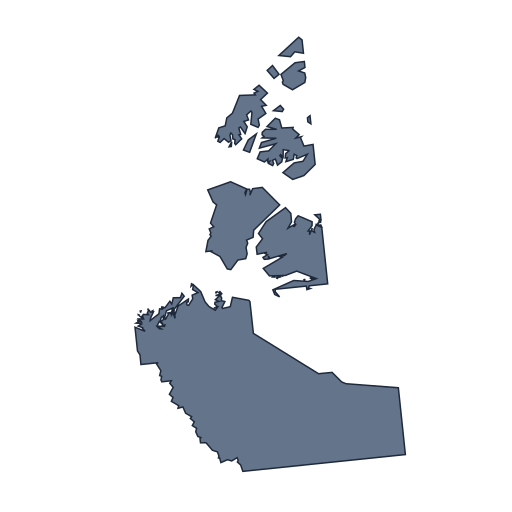 an SVG outline of Northwest Territories, rotated 354°
{"feature_id": "CAN-635", "entity_name": "Northwest Territories", "entity_type": "Territory", "adm_level": 1, "iso_a3": "CAN", "parent_name": "Canada", "parent_adm1": "", "projection": "mercator", "projection_center": [-123.126, 69.383], "detail": "fine", "context": "isolated", "style": "filled", "palette": "slate", "viewbox_px": 512, "rotation_deg": 354, "n_neighbors": 0, "source": "natural_earth", "source_scale": "10m", "svg_char_len": 6158}
<svg xmlns="http://www.w3.org/2000/svg" viewBox="0 0 512 512"><g transform="rotate(354 256 256)"><path d="M128.2,314.2L137.8,319.3L135.2,315.5L136.4,315.7L131.5,313.4L135.1,311.7L132.1,310.4L131.7,307.7L135.8,310.3L132.6,306.3L137.7,306.9L136.8,303.7L137.8,302.3L142.8,303.1L141.9,301.6L143.3,299.0L142.8,297.0L145.4,300.9L148.2,300.8L144.7,306.7L144.0,309.2L153.4,303.3L154.6,298.5L157.2,299.1L158.7,298.0L156.5,298.2L157.1,296.7L160.1,297.9L165.6,292.0L167.2,294.9L169.4,288.9L176.5,289.5L178.4,285.3L180.4,288.5L169.0,300.5L168.2,298.8L161.3,301.1L158.8,307.2L157.9,306.0L157.5,309.0L157.1,306.3L155.4,307.0L154.4,309.6L154.6,312.7L153.0,310.9L150.1,315.6L152.2,318.2L154.3,318.6L150.9,315.5L157.6,316.4L158.2,315.1L155.4,315.4L156.2,313.9L154.7,311.2L157.6,309.3L158.1,307.4L157.7,310.0L158.7,307.5L159.6,309.2L163.3,304.0L161.8,303.4L165.4,303.3L164.8,305.3L166.7,301.8L166.0,305.7L167.4,304.1L166.8,300.1L167.6,304.6L167.6,299.3L167.7,305.6L169.0,301.1L168.2,305.3L169.3,304.3L168.4,308.1L169.1,309.5L169.0,306.6L173.2,297.7L184.3,291.7L183.9,294.5L182.1,294.8L182.3,297.5L183.9,298.0L188.6,292.0L188.4,288.3L194.5,286.3L189.5,282.8L190.8,278.1L197.3,285.6L200.5,296.2L203.9,301.3L209.8,305.7L212.5,302.8L208.5,303.6L212.3,302.1L209.9,299.5L210.4,297.7L214.4,297.3L211.0,295.2L215.9,291.5L211.6,291.1L217.4,290.0L215.0,288.5L216.4,287.6L217.8,289.6L216.5,291.8L217.5,294.2L216.8,296.8L220.3,298.0L216.7,303.8L217.4,304.7L225.1,303.7L228.3,294.6L244.2,299.3L245.2,300.7L245.3,332.7L305.9,379.6L319.5,379.7L328.0,390.2L332.1,392.4L383.8,401.9L383.8,469.1L220.4,468.8L218.9,462.2L215.9,458.9L217.0,457.3L216.1,454.6L210.4,457.3L206.4,455.6L199.5,457.8L198.7,453.1L197.5,452.9L198.2,451.1L197.2,446.8L192.3,444.6L186.8,436.5L181.3,436.0L181.2,431.7L182.2,430.8L179.3,429.4L177.7,424.5L178.9,421.2L174.9,418.0L177.3,414.5L173.7,410.8L175.2,409.1L169.6,405.0L167.5,398.5L162.5,399.3L163.5,396.8L156.6,391.7L158.7,388.0L155.4,384.5L159.9,378.0L156.9,373.5L158.7,371.2L149.2,371.3L148.5,369.3L149.6,365.8L147.7,364.9L149.4,360.1L145.7,352.7L147.6,351.9L130.2,351.9L130.3,342.3L128.2,338.0L128.2,314.2ZM275.2,299.1L270.6,296.2L269.2,291.4L291.0,284.3L305.2,286.8L313.7,284.8L294.8,275.3L283.2,278.4L267.3,277.2L261.9,269.1L281.9,260.0L278.5,258.7L284.2,258.5L286.9,256.8L269.6,260.0L268.3,257.3L268.4,260.3L263.9,260.2L262.8,258.1L267.5,256.0L265.3,254.5L267.3,253.4L257.3,254.4L257.2,247.1L264.3,239.5L260.8,233.9L269.7,222.9L290.4,211.0L295.1,217.3L294.9,225.7L290.7,231.7L298.4,228.3L296.7,230.5L297.3,230.6L298.9,228.8L297.7,226.5L299.3,223.1L302.1,220.4L315.4,227.8L314.9,231.7L310.4,236.6L312.1,236.8L311.4,240.5L314.8,234.1L314.2,236.9L316.8,238.6L316.4,235.6L319.2,231.4L324.4,234.4L324.4,291.2L305.9,291.2L304.7,293.3L306.6,294.0L303.1,294.8L302.9,291.2L271.6,291.1L271.4,293.6L275.2,299.1ZM284.9,207.7L256.4,230.1L255.1,237.1L248.3,239.2L249.1,242.4L247.0,246.4L247.4,252.9L245.5,257.6L237.6,258.1L229.5,266.9L226.1,265.9L220.1,252.7L211.2,246.6L213.4,246.3L206.6,246.4L209.9,235.4L213.5,231.6L212.4,230.0L213.5,228.3L212.3,224.2L217.0,222.5L214.2,218.5L222.2,201.0L219.0,197.9L214.9,185.2L238.5,179.5L253.8,188.4L251.6,191.9L252.0,193.8L254.1,188.6L256.6,189.0L257.1,192.3L256.2,194.9L259.7,188.7L269.4,188.4L284.9,207.7ZM324.4,171.1L312.1,181.0L300.5,183.7L291.5,175.9L303.7,167.4L312.7,166.7L317.6,160.2L307.0,163.4L306.1,162.6L307.1,160.4L304.6,158.8L303.2,163.8L295.6,165.3L297.4,161.4L295.2,161.6L296.1,157.5L296.4,157.1L297.7,156.3L299.8,154.8L299.8,154.6L294.2,153.1L293.3,160.4L291.0,157.7L290.2,158.7L292.5,161.7L291.5,165.0L286.9,167.9L285.4,161.6L282.4,162.6L283.3,165.8L282.0,167.8L278.0,165.2L279.6,163.2L277.4,163.6L278.0,160.8L274.2,163.4L267.4,159.4L271.0,152.9L279.6,152.8L287.3,146.4L270.6,149.1L273.3,143.7L288.6,141.0L274.4,139.2L276.5,137.9L274.7,136.0L275.2,133.6L278.7,131.0L289.8,132.2L280.5,128.4L289.6,121.0L293.6,123.0L295.0,131.4L306.4,132.0L305.7,133.5L311.6,139.8L307.9,142.9L313.6,142.1L312.6,142.9L315.2,151.7L324.4,151.0L324.4,171.1ZM257.9,133.1L254.0,126.1L252.3,126.9L253.5,133.5L251.7,133.7L254.0,138.0L247.4,143.2L246.6,141.9L247.3,138.1L245.2,137.1L245.3,132.9L243.8,131.1L242.7,133.0L243.2,138.6L240.6,140.0L236.5,135.9L232.2,139.3L230.0,137.9L231.8,134.1L230.2,133.7L231.7,132.9L230.9,131.9L227.7,134.6L232.4,124.7L239.0,123.3L241.4,115.6L247.5,111.5L256.4,94.6L272.2,95.7L271.1,93.8L275.1,92.4L271.3,90.1L276.9,86.5L284.4,95.2L276.9,100.9L281.9,107.2L277.2,107.7L280.7,115.3L272.4,120.0L273.0,126.2L271.5,128.3L264.6,124.5L267.0,112.7L266.1,111.3L261.4,114.6L262.8,119.9L258.0,120.9L260.8,126.6L257.9,133.1ZM324.4,73.6L317.7,76.4L323.6,79.1L324.1,83.7L322.7,88.5L309.7,94.5L300.9,88.1L300.4,85.8L301.5,84.4L299.8,78.0L315.0,67.9L324.4,67.6L324.4,73.6ZM324.4,59.3L315.9,57.0L311.2,61.4L299.7,59.0L321.3,42.9L324.4,45.9L324.4,59.3ZM269.1,134.6L260.5,152.2L254.6,149.3L260.5,139.7L269.1,134.6ZM292.3,68.3L297.9,77.7L292.5,81.3L286.5,72.6L292.3,68.3ZM288.5,113.3L295.9,108.8L298.8,112.9L297.2,115.1L288.5,113.3ZM324.4,227.0L322.5,227.3L323.2,226.1L318.8,221.2L324.4,221.2L324.4,227.0ZM324.4,130.3L321.6,128.0L321.6,123.9L324.4,122.1L324.4,130.3ZM240.6,144.6L243.8,139.8L242.9,144.5L240.6,144.6ZM324.1,227.9L323.7,229.3L322.3,229.0L324.1,227.9ZM307.2,283.4L312.0,284.3L308.8,284.6L307.2,283.4ZM189.0,276.9L190.2,277.7L188.3,279.2L189.0,276.9ZM270.7,278.1L273.4,279.0L270.2,278.6L270.7,278.1ZM129.8,310.2L131.0,309.7L131.4,310.5L129.8,310.2ZM134.7,304.3L136.3,304.1L136.9,305.1L136.6,305.9L134.7,304.3ZM135.3,300.2L135.1,298.7L135.9,298.6L135.3,300.2ZM276.6,279.2L279.0,279.3L276.2,279.6L276.6,279.2ZM323.7,231.9L324.1,233.1L322.5,231.9L323.7,231.9ZM132.7,302.0L134.5,303.0L132.7,302.3L132.7,302.0ZM147.6,299.9L146.2,300.1L147.7,299.6L147.6,299.9ZM300.6,284.7L301.8,284.4L302.6,284.8L300.6,284.7ZM274.1,279.0L275.4,278.6L276.1,279.0L274.1,279.0ZM280.6,278.5L281.3,278.5L279.4,279.0L280.6,278.5ZM274.0,279.9L275.7,280.8L273.7,279.9L274.0,279.9ZM213.4,287.5L212.6,288.5L212.2,288.4L212.5,287.6L213.4,287.5ZM320.5,230.9L320.9,231.5L320.0,230.9L320.5,230.9ZM321.7,229.6L322.4,229.7L321.4,229.8L321.7,229.6ZM321.0,230.3L321.8,230.7L320.8,230.4L321.0,230.3Z" fill="#64748b" stroke="#1e293b" stroke-width="1.5"/></g></svg>